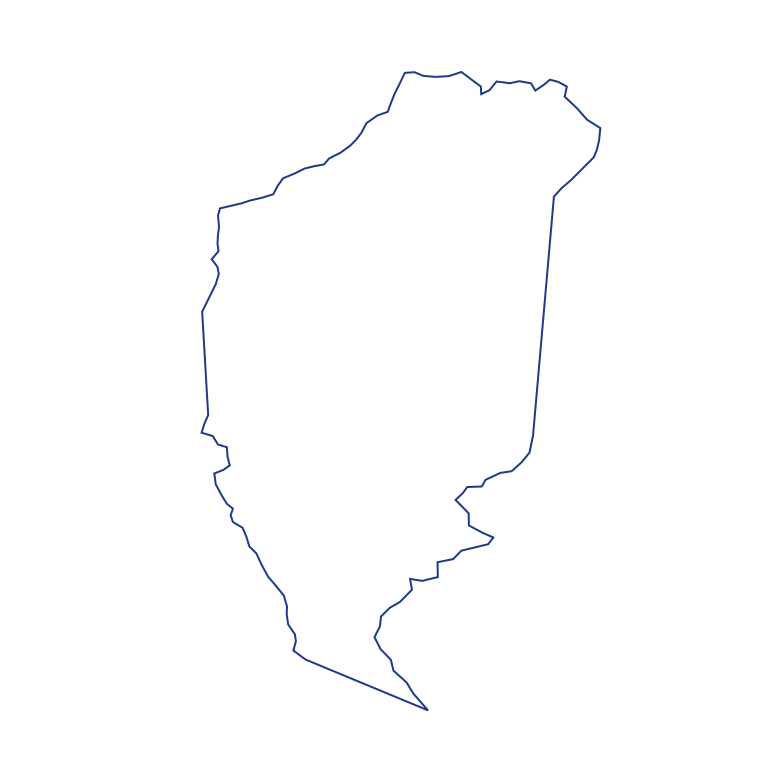 the district of Nazário, Goiás, Brazil, rotated 276°
{"feature_id": "56859067B93863965872709", "entity_name": "Nazário", "entity_type": "district", "adm_level": 2, "iso_a3": "BRA", "parent_name": "Brazil", "parent_adm1": "Goiás", "projection": "natural_earth1", "projection_center": [-49.852, -16.584], "detail": "fine", "context": "isolated", "style": "outline", "palette": "blue", "viewbox_px": 768, "rotation_deg": 276, "n_neighbors": 0, "source": "geoboundaries", "source_scale": "gbopen_adm2", "svg_char_len": 1686}
<svg xmlns="http://www.w3.org/2000/svg" viewBox="0 0 768 768"><g transform="rotate(276 384 384)"><path d="M109.4,321.7L101.7,334.9L64.0,461.9L79.0,445.7L89.6,437.6L99.9,423.4L110.5,419.6L119.9,408.3L131.2,401.0L142.6,405.3L152.4,405.3L161.9,413.0L169.2,422.9L182.4,433.3L192.9,430.3L192.2,442.7L197.6,457.7L212.4,455.9L217.1,471.1L226.3,478.3L235.6,504.4L242.8,508.8L246.3,497.6L252.2,483.2L264.3,481.7L276.2,467.3L284.0,474.0L290.2,477.5L292.3,492.0L299.3,495.0L307.7,508.9L310.6,520.0L320.5,529.0L331.0,535.9L348.5,537.6L588.1,533.4L597.4,540.2L606.5,548.8L631.5,569.0L639.2,571.2L648.5,572.4L661.1,572.4L668.1,558.3L678.4,547.1L688.6,533.7L698.9,534.7L702.6,526.0L704.0,517.3L698.1,511.5L691.6,503.8L698.4,498.9L699.3,487.0L696.3,477.8L696.6,464.3L687.2,458.2L682.4,450.4L690.0,449.2L696.6,438.0L702.4,428.4L697.0,416.4L694.9,403.7L694.5,391.1L697.3,381.7L695.6,372.2L683.2,367.8L673.7,364.2L663.0,361.2L655.1,359.3L650.4,349.4L641.5,339.2L631.7,335.4L624.0,330.7L617.3,325.3L609.7,316.8L602.5,305.8L596.1,301.4L593.6,292.7L590.0,282.5L583.9,272.9L578.1,262.2L570.2,257.6L561.1,254.0L556.4,243.0L552.4,231.4L548.7,223.2L544.8,212.0L541.5,202.5L534.1,201.3L523.1,203.5L513.6,203.3L506.1,203.8L498.8,205.5L490.0,199.6L483.3,206.0L476.2,208.2L465.9,206.3L436.9,195.6L334.7,212.4L325.6,209.5L316.5,207.7L314.3,219.2L306.5,225.2L304.7,234.3L295.3,236.0L286.9,239.1L281.7,233.1L277.3,224.6L266.8,227.1L256.1,234.3L248.4,240.3L244.2,246.8L237.5,245.2L230.9,248.2L226.2,258.4L217.5,263.2L208.3,267.1L202.2,274.8L191.5,281.1L180.1,289.0L172.6,297.0L163.0,306.6L152.5,310.8L144.8,311.3L134.9,313.8L125.8,321.5L118.9,323.3L109.4,321.7Z" fill="none" stroke="#1e3a8a" stroke-width="2"/></g></svg>